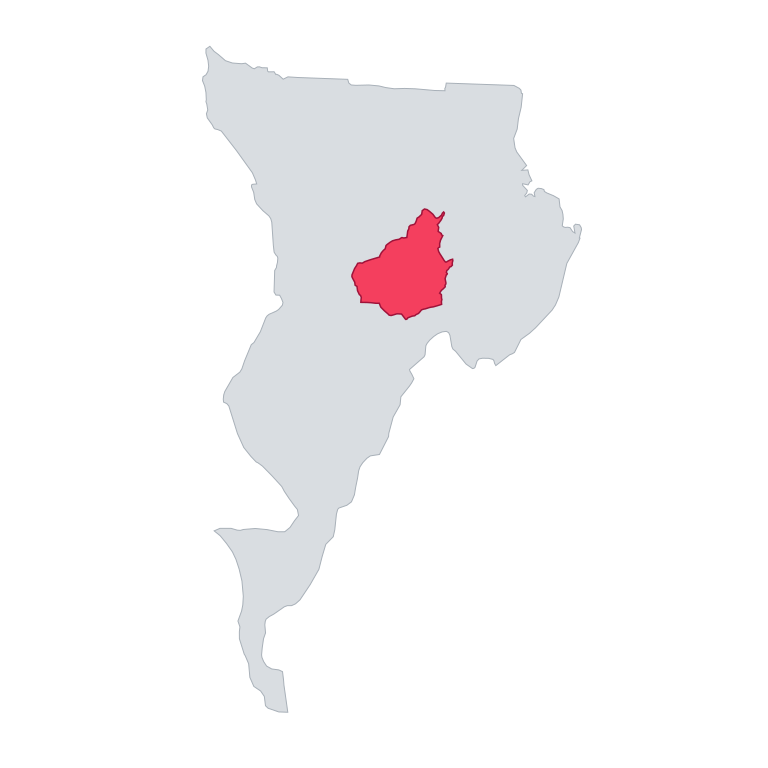 Mbam-et-Kim, Centre, Cameroon (highlighted), rotated 182°
{"feature_id": "32672807B95944109326060", "entity_name": "Mbam-et-Kim", "entity_type": "district", "adm_level": 2, "iso_a3": "CMR", "parent_name": "Cameroon", "parent_adm1": "Centre", "projection": "natural_earth1", "projection_center": [11.781, 5.302], "detail": "fine", "context": "in_parent", "style": "filled", "palette": "rose", "viewbox_px": 768, "rotation_deg": 182, "n_neighbors": 0, "source": "geoboundaries", "source_scale": "gbopen_adm2", "svg_char_len": 5810}
<svg xmlns="http://www.w3.org/2000/svg" viewBox="0 0 768 768"><g transform="rotate(182 384 384)"><path d="M193.2,536.6L194.7,532.1L205.5,510.9L212.3,477.0L215.4,469.0L218.6,463.7L234.3,445.7L240.2,439.9L248.7,433.3L254.7,420.1L256.8,418.7L259.4,417.6L272.9,406.3L274.2,408.5L275.0,411.2L276.0,412.4L280.4,413.3L286.4,413.2L289.9,412.4L291.8,410.2L293.6,403.9L294.7,402.8L296.1,402.5L302.7,406.8L313.5,419.1L316.3,421.3L317.5,423.7L319.8,434.9L321.2,437.6L323.5,438.8L327.7,438.1L332.1,436.1L336.0,433.2L339.8,429.5L342.3,426.2L343.5,423.7L344.0,414.6L344.9,412.6L359.0,399.4L358.7,398.1L356.4,394.4L354.3,390.3L356.4,386.1L358.5,382.8L366.7,371.8L367.2,363.8L373.7,351.3L377.5,334.8L377.6,331.6L386.1,313.4L395.1,311.7L398.5,309.2L402.5,304.6L405.1,300.4L406.3,296.4L407.2,288.7L408.7,279.9L409.7,272.2L412.4,265.1L416.9,261.5L424.7,258.5L425.9,257.1L427.0,252.3L428.1,236.6L429.4,229.6L436.6,221.7L439.8,209.4L442.6,196.5L450.8,180.9L460.4,165.4L464.8,161.2L468.6,159.3L472.9,159.1L475.8,157.9L486.1,150.2L490.5,147.6L493.6,144.9L494.4,142.6L494.7,139.1L493.7,131.1L495.5,125.3L496.5,116.1L496.9,109.0L496.5,106.6L494.6,102.4L491.5,98.0L486.3,95.3L479.2,94.6L475.4,93.0L474.1,84.9L473.5,79.7L468.7,52.6L477.7,52.6L488.5,55.9L491.2,58.3L492.7,67.6L496.6,72.9L503.5,77.2L507.8,86.1L509.5,99.7L513.3,107.8L514.2,109.0L519.6,124.3L519.9,131.4L519.5,136.2L521.7,142.0L518.4,152.1L517.4,158.3L517.2,166.9L519.1,182.2L522.3,194.0L525.8,203.5L529.6,210.9L535.8,219.1L542.4,226.6L548.6,231.3L542.9,234.0L531.8,234.4L525.5,232.8L522.5,232.7L519.4,233.7L507.6,235.1L495.8,234.4L484.7,232.6L478.0,232.9L472.9,237.4L468.7,244.2L464.8,249.6L466.2,255.6L469.1,258.9L474.8,266.2L479.9,273.3L482.6,278.0L492.8,288.4L502.6,297.7L507.3,300.9L509.0,301.6L514.4,306.9L521.9,315.6L528.7,329.3L538.3,356.6L540.4,358.9L543.7,360.3L544.1,363.2L543.8,367.5L542.8,371.0L535.2,385.3L528.5,390.8L526.6,394.1L524.1,402.4L518.0,418.7L515.4,420.9L509.4,431.9L504.5,445.9L503.2,448.0L501.2,449.7L494.2,453.1L491.9,454.8L488.3,459.2L487.8,462.0L489.5,465.9L491.4,469.1L495.1,469.1L497.1,472.1L497.2,493.6L495.5,496.8L495.5,498.2L494.7,501.9L494.5,506.1L495.0,507.7L496.4,509.0L498.4,511.9L499.4,518.5L501.8,541.8L503.0,545.4L504.9,548.0L511.1,553.0L517.6,559.6L519.6,563.9L520.9,570.9L523.3,576.4L523.3,578.3L522.3,579.0L518.2,579.5L519.6,583.5L522.9,590.5L539.5,612.0L555.4,631.1L559.1,632.5L561.9,633.0L563.1,634.1L564.6,636.9L569.9,643.8L570.9,647.9L569.7,651.7L570.9,657.7L571.8,659.9L571.5,661.8L572.1,669.1L573.6,675.5L576.0,680.9L575.6,684.7L572.6,686.9L570.8,690.4L570.3,695.4L571.2,701.4L573.5,708.5L573.6,712.6L569.8,715.4L565.5,710.6L560.8,707.3L553.8,701.6L546.7,699.5L537.5,699.1L533.6,699.8L526.8,695.2L524.6,694.5L521.6,696.5L519.5,696.6L516.9,695.8L511.7,695.9L511.2,692.6L510.3,691.9L504.7,692.2L502.9,689.5L502.2,689.8L499.9,688.9L495.4,685.1L490.7,687.6L480.8,687.3L430.9,687.2L429.7,683.6L427.2,681.7L422.7,681.5L409.5,682.3L399.4,681.7L392.6,680.3L384.1,679.4L373.7,680.1L362.9,680.1L343.8,679.1L333.3,679.2L333.5,681.4L332.8,683.0L332.3,686.9L264.6,686.9L259.1,684.2L257.4,682.5L256.8,679.3L255.6,678.9L256.6,665.3L258.9,653.9L259.8,643.4L263.0,633.9L261.3,624.6L259.4,620.5L249.1,607.3L253.8,602.3L247.7,603.0L246.3,598.1L243.3,592.2L245.2,591.2L247.0,588.0L252.5,589.0L252.4,587.4L247.5,582.5L248.0,580.0L250.0,577.2L249.0,576.0L245.6,578.9L243.1,578.8L241.1,576.9L239.7,576.6L240.6,580.4L238.6,583.8L236.8,585.0L233.6,584.8L231.0,583.9L230.4,582.0L227.9,580.6L221.2,578.1L215.5,575.1L214.3,567.1L212.1,563.6L211.1,559.7L210.6,555.2L211.4,548.3L209.9,547.2L208.3,546.8L205.8,547.1L203.5,546.7L200.8,542.9L198.4,541.5L199.9,548.5L198.2,550.4L194.1,549.9L192.4,547.2L192.0,545.2L193.9,536.7L193.2,536.6Z" fill="#d9dde1" stroke="#a8b0b8" stroke-width="1"/><path d="M364.9,449.6L364.5,449.3L364.3,449.3L363.3,449.7L362.3,451.1L361.5,451.4L358.2,452.8L355.6,453.3L354.4,454.5L352.0,455.7L351.0,456.9L350.5,457.5L349.1,459.4L347.0,460.2L345.5,460.5L341.3,462.0L339.7,462.4L337.4,462.8L333.4,464.1L331.1,464.9L329.2,465.6L329.5,468.3L329.1,470.6L329.5,471.7L329.7,474.6L329.8,475.4L331.6,476.7L329.9,479.6L328.3,481.0L326.2,483.3L326.5,484.8L325.8,485.8L325.6,487.0L326.6,491.4L325.5,495.4L324.9,495.6L324.6,496.5L325.6,497.7L325.4,498.5L325.2,499.6L324.0,500.6L323.2,501.7L322.5,503.2L321.8,503.4L321.3,503.6L321.1,503.7L319.8,505.2L320.0,506.5L320.0,506.9L319.9,507.4L319.9,508.1L319.5,509.6L319.8,511.1L320.1,511.0L322.0,510.4L324.7,508.9L325.0,508.7L325.8,508.1L326.9,508.1L328.6,510.0L328.7,510.3L332.2,515.4L332.4,515.6L334.0,518.3L334.9,521.3L334.3,522.0L334.2,522.2L333.1,522.8L333.3,526.4L332.6,529.3L332.6,529.5L330.4,534.4L331.8,535.2L332.0,536.4L333.5,537.3L335.2,538.4L334.8,542.5L336.3,545.1L334.8,546.7L334.7,546.9L333.3,549.0L333.0,549.3L331.7,551.8L331.5,553.4L330.3,554.4L329.6,557.0L330.4,558.0L331.6,556.8L332.4,554.8L335.2,552.2L337.1,551.5L338.4,552.0L338.6,552.2L341.0,555.3L344.5,558.1L347.0,559.8L347.5,559.9L349.7,560.3L351.9,558.5L351.9,557.9L352.3,554.8L353.8,553.3L354.6,552.4L356.7,550.9L357.5,547.9L358.6,545.3L359.1,544.9L359.6,544.5L362.1,543.8L363.2,543.5L364.5,542.0L364.6,539.9L364.9,539.3L365.6,537.8L365.7,537.2L365.9,534.9L366.3,531.2L369.4,530.6L371.2,531.0L371.8,530.7L373.8,529.2L377.2,528.5L380.5,527.4L382.8,525.9L385.8,523.5L386.8,522.5L387.5,519.2L389.3,517.5L391.2,515.1L392.7,511.9L392.8,510.8L402.3,507.6L407.5,505.6L409.9,504.0L412.3,504.2L414.5,503.7L415.7,501.2L417.4,498.4L419.8,491.9L419.8,490.1L418.9,488.3L416.8,484.7L416.3,481.7L414.4,480.6L413.7,476.3L411.7,472.4L410.6,471.8L409.7,469.7L409.9,467.4L410.0,464.8L403.8,464.9L399.9,464.8L394.9,464.4L391.5,464.5L390.4,461.8L389.8,460.6L386.2,457.2L384.0,455.4L382.6,454.3L381.3,453.0L379.3,452.7L377.0,453.4L373.6,454.6L371.4,454.6L368.9,454.5L364.9,449.6Z" fill="#f43f5e" stroke="#9f1239" stroke-width="1.5"/></g></svg>